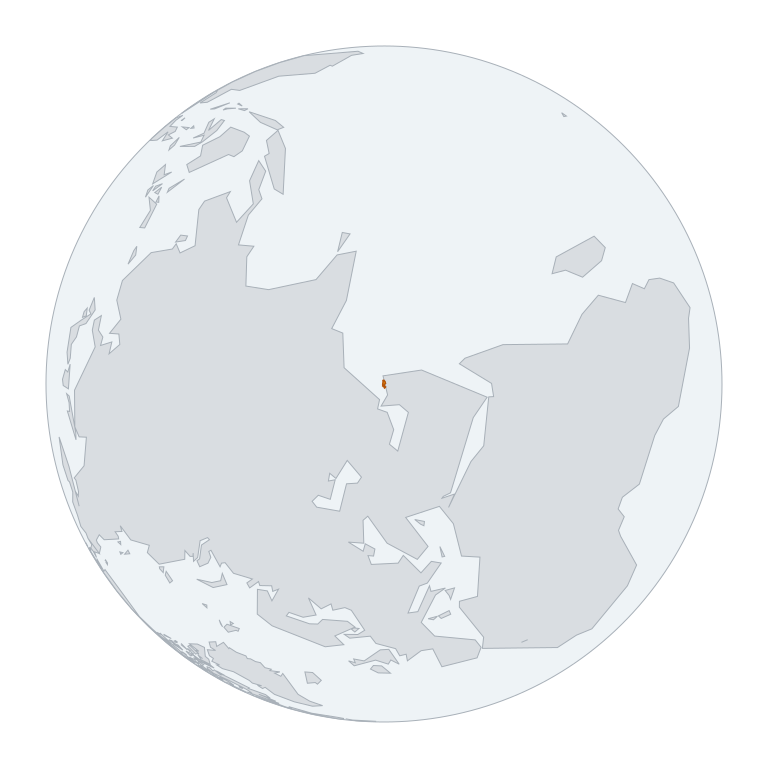 Muscat on an orthographic globe, rotated 221°
{"feature_id": "OMN-2426", "entity_name": "Muscat", "entity_type": "Province", "adm_level": 1, "iso_a3": "OMN", "parent_name": "Oman", "parent_adm1": "", "projection": "orthographic", "projection_center": [58.687, 23.254], "detail": "fine", "context": "on_globe", "style": "filled", "palette": "amber", "viewbox_px": 768, "rotation_deg": 221, "n_neighbors": 0, "source": "natural_earth", "source_scale": "10m", "svg_char_len": 10743}
<svg xmlns="http://www.w3.org/2000/svg" viewBox="0 0 768 768"><g transform="rotate(221 384 384)"><circle cx="384" cy="384" r="338" fill="#eef3f6" stroke="#a8b0b8"/><path d="M496.1,65.2L499.6,66.5L494.8,65.1L478.9,60.0L475.5,59.2L484.6,62.3L485.5,63.5L472.6,59.0L472.8,60.9L446.4,55.0L415.9,48.0L397.4,47.1L356.0,47.3L356.0,47.5L340.3,49.1L334.5,50.3L328.5,51.0L329.0,51.6L335.7,50.9L338.1,51.1L335.3,52.1L327.1,52.7L327.3,52.3L323.5,53.0L320.6,53.1L320.4,53.6L310.8,54.9L316.0,55.3L304.8,57.7L299.6,58.2L305.9,56.0L307.6,54.8L331.0,50.3L354.8,47.3L378.7,46.1L402.6,46.6L426.4,48.7L450.0,52.6L473.3,58.1L496.1,65.2ZM265.7,67.5L266.2,67.3L276.5,63.9L268.8,67.0L255.6,72.3L246.6,75.7L240.6,78.5L244.2,78.0L222.6,88.1L200.0,102.2L195.1,105.1L194.5,104.3L199.2,101.1L220.5,88.3L242.7,77.0L265.7,67.5ZM501.1,67.1L504.1,68.2L505.0,68.6L501.1,67.1ZM280.1,62.6L278.3,63.2L277.3,63.5L280.1,62.6ZM286.2,60.7L286.3,60.5L289.3,59.7L289.1,59.8L286.2,60.7ZM498.5,67.0L499.1,67.9L495.7,66.0L498.5,67.0ZM285.5,61.2L294.4,58.2L299.6,56.8L303.5,56.3L285.5,61.2ZM497.6,67.9L499.2,71.0L506.1,73.3L487.6,69.3L492.4,67.4L487.2,64.5L493.5,66.9L497.6,67.9ZM339.0,50.3L331.8,51.1L340.4,49.7L339.0,50.3ZM343.9,49.5L366.8,46.7L376.0,46.7L366.4,47.3L380.4,47.3L373.7,48.5L364.4,48.8L359.8,48.4L360.8,49.4L343.9,49.5ZM477.2,67.1L475.2,67.5L474.2,66.2L477.2,67.1ZM339.7,51.1L343.6,50.3L351.8,50.1L345.7,51.8L345.0,51.3L339.7,51.1ZM387.4,47.0L392.5,47.6L388.4,48.6L389.8,49.1L374.3,48.6L387.4,47.0ZM341.7,51.8L342.3,52.8L335.9,53.9L336.6,52.0L341.7,51.8ZM356.5,49.5L360.1,49.6L356.1,50.0L356.5,49.5ZM313.4,59.5L317.7,57.9L322.4,57.5L313.4,59.5ZM343.0,53.2L345.2,52.8L347.6,52.6L346.7,53.6L343.0,53.2ZM372.5,49.6L369.7,50.2L378.6,49.8L375.9,51.1L366.0,50.8L369.1,51.5L368.3,51.9L361.2,51.2L372.5,49.6ZM352.8,54.3L339.3,55.2L330.2,58.0L325.8,58.2L341.3,53.8L352.8,54.3ZM358.3,52.5L353.9,53.6L350.7,53.0L351.7,51.9L358.3,52.5ZM377.6,52.3L384.3,50.4L386.2,50.6L377.6,52.3ZM350.8,55.2L354.0,55.0L350.5,55.4L350.8,55.2ZM370.0,53.1L372.1,52.3L374.3,52.5L370.0,53.1ZM358.9,55.6L354.5,55.7L355.1,54.8L358.9,55.6ZM364.5,54.5L366.9,55.1L357.9,54.4L365.1,54.1L364.5,54.5ZM371.7,53.5L373.6,53.4L370.5,53.8L371.7,53.5ZM359.2,59.4L347.7,58.8L349.0,56.6L360.0,57.4L359.2,59.4ZM67.9,391.4L66.5,335.6L74.0,320.7L80.2,298.9L136.3,249.0L142.7,258.3L180.7,265.0L184.5,269.5L174.1,285.0L198.0,316.3L212.6,305.0L240.0,324.1L261.9,328.0L280.1,297.5L244.2,290.3L243.8,273.5L277.2,265.9L309.5,273.6L310.4,267.4L294.8,250.6L307.2,241.3L290.0,244.1L293.3,251.1L282.6,253.5L279.0,247.3L283.5,244.0L275.2,239.5L255.8,258.1L257.0,267.3L232.2,265.7L231.9,281.2L223.4,286.4L220.7,262.2L224.8,254.6L215.6,226.9L209.1,234.4L217.3,261.6L212.5,258.3L203.8,270.3L206.7,258.6L199.5,228.5L180.4,227.0L147.3,250.7L138.0,249.0L134.1,238.4L154.8,208.6L173.4,216.1L181.0,207.1L184.7,190.4L190.0,194.6L193.8,189.2L201.6,191.9L219.9,182.9L228.9,184.7L243.1,169.7L249.7,169.0L239.4,177.8L237.0,185.5L260.2,191.8L266.8,189.6L274.2,179.7L279.7,183.3L283.9,173.1L300.7,173.0L283.7,165.1L292.0,154.9L305.9,149.3L305.6,144.9L282.8,154.2L276.5,159.4L275.9,166.0L255.9,180.9L246.4,181.5L255.8,161.6L243.3,160.9L256.0,147.1L309.8,128.1L328.7,127.2L344.8,146.0L336.3,151.3L326.3,146.8L329.0,160.0L331.9,154.5L336.4,158.0L345.5,150.4L349.1,152.6L351.6,142.0L357.0,143.9L355.4,150.5L373.4,142.4L386.7,144.9L389.1,142.2L387.8,138.5L405.5,145.0L406.4,142.7L401.0,139.6L399.3,133.3L403.2,125.2L409.2,127.9L408.5,131.1L416.1,142.7L413.6,152.0L416.4,152.3L420.0,145.1L410.8,130.8L411.4,125.2L417.1,131.2L415.1,128.6L417.3,126.7L425.0,127.7L419.4,121.0L435.5,100.5L452.0,101.5L455.3,108.3L472.8,100.2L490.1,104.0L485.0,100.8L490.0,96.1L484.7,94.7L482.6,93.0L493.0,82.9L500.0,83.4L498.7,77.5L496.1,76.1L490.8,75.2L487.6,69.3L506.1,73.3L511.1,76.0L519.3,77.6L529.4,84.0L541.6,90.8L548.0,98.3L557.1,103.8L559.2,103.9L573.2,112.3L594.5,130.9L567.7,115.1L533.9,91.8L546.9,100.7L541.1,98.8L544.0,102.4L553.4,109.3L556.2,109.9L556.7,125.5L573.7,148.6L579.4,144.1L589.3,148.9L613.5,176.3L626.3,222.5L639.5,233.3L644.5,242.2L642.2,250.2L634.9,237.3L627.0,235.0L623.2,227.1L617.0,237.2L611.3,226.4L609.3,240.5L616.9,247.8L624.4,242.2L625.1,260.3L640.7,272.0L649.3,290.5L645.9,330.4L632.3,347.0L632.8,353.5L623.9,349.1L617.3,364.4L638.2,394.2L639.4,404.3L626.2,428.4L625.0,421.2L601.4,409.3L600.8,434.2L618.8,449.2L625.1,470.4L612.9,467.0L606.0,448.5L597.6,443.7L597.2,422.5L585.1,393.5L572.6,402.6L571.0,390.0L552.5,367.3L533.0,379.5L503.8,418.2L504.1,450.6L492.1,466.0L467.2,422.4L459.8,391.5L448.5,395.4L424.8,370.1L377.1,369.3L372.5,361.0L363.0,364.7L346.7,355.9L340.4,342.1L329.6,342.4L347.0,378.6L358.8,378.5L371.7,365.4L374.1,378.1L390.1,389.5L364.8,419.2L297.5,441.7L294.6,417.2L262.4,345.5L265.5,338.2L265.5,337.4L265.3,335.8L258.6,347.2L254.3,333.2L267.5,382.5L268.2,402.8L296.5,443.0L293.0,446.4L303.2,455.0L340.4,448.7L339.8,456.6L320.0,491.8L271.7,534.7L280.3,566.5L280.5,591.6L255.2,603.9L262.4,622.8L250.0,626.7L252.5,636.6L245.4,644.8L231.7,650.3L203.1,642.4L197.3,633.4L177.0,611.6L147.1,560.2L150.1,540.9L145.9,522.8L125.6,476.0L129.8,454.9L125.3,443.3L115.6,441.4L111.0,427.4L105.5,424.3L74.6,413.1L67.9,391.4ZM110.8,279.2L107.8,285.3L110.8,279.2ZM339.9,298.9L361.6,302.2L358.3,281.2L366.4,281.0L362.3,274.3L358.0,279.7L348.9,261.7L360.6,256.9L361.3,248.3L354.0,246.9L334.0,258.9L346.8,284.1L339.0,291.8L339.9,298.9ZM177.2,117.6L168.6,124.3L174.8,119.2L173.2,120.1L184.2,111.5L193.2,106.2L187.2,109.8L177.2,117.6ZM207.2,160.0L207.3,164.6L200.8,169.7L189.4,170.0L198.8,162.2L207.2,160.0ZM209.2,170.1L221.6,151.8L229.1,151.8L222.8,154.8L226.5,156.6L217.3,162.0L212.4,180.9L206.3,186.9L188.7,182.5L197.8,180.2L197.0,175.4L209.2,170.1ZM240.0,113.6L245.5,107.9L254.8,114.8L248.6,119.4L236.9,119.2L237.3,113.8L240.0,113.6ZM290.6,61.8L292.1,60.9L294.4,60.4L295.0,60.9L290.6,61.8ZM315.0,58.8L286.4,66.2L286.7,65.2L269.6,71.9L263.7,72.2L274.9,67.7L257.6,73.6L265.4,69.7L253.5,74.2L279.2,64.1L285.5,61.5L280.7,64.0L286.0,63.6L290.2,62.7L306.8,58.5L322.9,53.8L330.7,53.5L332.0,54.5L329.3,55.6L325.0,55.3L324.5,56.9L316.3,57.4L315.0,58.8ZM341.9,79.1L338.1,76.2L335.7,83.7L327.5,82.5L327.7,83.5L319.4,84.7L309.8,88.2L307.0,87.1L304.4,89.0L298.9,90.2L294.5,92.6L287.8,91.8L281.9,94.8L282.1,92.8L273.7,98.4L276.9,94.0L270.1,95.7L270.5,99.1L245.2,93.4L232.0,95.9L219.3,101.0L226.6,93.9L243.2,85.3L263.1,77.9L274.7,77.1L275.9,74.5L281.8,73.6L278.4,76.0L287.2,71.9L291.2,71.9L308.9,68.1L319.2,63.2L325.9,62.2L323.8,64.1L332.0,61.8L332.7,65.0L337.5,64.4L343.0,67.6L336.3,72.4L342.2,71.5L346.7,74.5L341.9,79.1ZM360.4,60.3L354.2,65.3L346.7,67.4L340.2,61.2L335.7,61.3L331.3,58.4L342.3,55.6L342.6,56.6L345.4,57.0L340.8,57.7L346.6,57.4L347.1,59.0L351.7,59.4L348.4,60.8L360.4,60.3ZM192.4,265.1L196.0,267.1L202.4,268.3L197.0,276.4L192.4,265.1ZM187.0,244.6L190.8,244.7L186.2,255.7L182.6,254.0L187.0,244.6ZM196.7,235.8L191.3,243.8L192.0,238.5L196.7,235.8ZM243.3,177.7L247.7,177.6L246.7,180.1L242.5,183.1L243.3,177.7ZM332.8,104.5L331.9,101.7L334.1,101.0L338.7,94.5L345.2,95.4L344.9,99.7L332.8,104.5ZM271.9,301.9L263.3,306.8L260.9,303.2L264.4,302.2L271.9,301.9ZM226.7,291.6L235.2,298.0L225.1,293.7L226.7,291.6ZM340.6,104.4L341.8,101.5L344.3,103.8L340.6,104.4ZM350.1,95.8L353.7,97.9L346.5,94.8L350.1,95.8ZM423.7,703.8L427.9,705.3L422.1,705.9L423.7,703.8ZM337.4,592.9L322.4,633.4L306.5,632.1L300.7,619.8L304.2,594.9L321.7,589.0L329.5,577.5L337.4,592.9ZM673.4,500.8L678.1,499.3L677.7,500.8L673.4,500.8ZM668.7,498.8L674.5,496.1L667.2,502.5L668.7,498.8ZM676.7,495.0L682.7,488.9L685.2,485.2L684.4,488.4L676.7,495.0ZM664.4,501.0L638.9,511.6L628.1,511.9L631.3,505.8L648.9,500.4L664.4,501.0ZM630.4,505.9L612.9,497.1L584.6,461.0L594.8,459.2L623.6,477.5L621.9,482.6L632.5,490.7L630.4,505.9ZM670.1,463.0L668.2,477.3L654.7,482.3L648.2,482.8L643.9,467.0L646.4,457.1L651.9,455.2L669.8,415.9L676.8,420.2L672.1,435.8L677.5,445.2L670.1,463.0ZM505.8,453.4L514.9,471.0L508.1,475.0L505.8,453.4ZM674.6,390.7L669.0,407.8L673.3,386.6L674.6,390.7ZM675.5,371.8L677.2,378.4L673.2,373.3L675.5,371.8ZM635.1,363.0L629.4,366.8L628.0,362.0L634.4,354.4L635.1,363.0ZM655.8,306.5L660.3,320.5L660.9,325.8L656.0,318.4L655.8,306.5ZM397.3,113.8L383.7,121.2L378.2,128.4L381.8,135.0L370.9,129.6L379.4,118.3L397.3,113.8ZM430.2,101.6L426.9,96.8L432.1,97.4L433.6,98.6L430.2,101.6ZM425.5,99.7L414.5,96.8L415.1,93.3L423.7,96.2L425.5,99.7ZM377.2,99.0L372.7,100.9L370.8,98.9L377.2,99.0ZM659.5,579.7L659.0,580.1L621.9,618.1L616.6,619.7L624.1,610.8L631.5,590.0L633.8,589.2L639.9,573.3L665.4,547.2L685.5,510.9L692.5,506.3L702.2,480.7L707.2,475.4L701.8,493.7L702.4,497.2L714.2,455.6L712.6,462.8L705.6,487.6L696.8,511.9L686.1,535.5L673.6,558.1L659.5,579.7ZM684.8,495.1L692.3,480.5L695.4,477.4L684.8,495.1ZM718.0,435.3L718.1,434.3L715.6,448.2L712.1,454.8L714.1,446.6L714.5,438.0L708.5,442.3L707.3,437.6L710.2,430.5L705.0,430.7L710.8,422.1L712.4,432.7L715.3,419.2L718.5,415.9L720.3,414.4L720.3,417.4L718.0,435.3ZM709.2,450.6L710.0,449.6L708.8,454.4L709.2,450.6ZM697.5,450.2L697.0,454.0L695.3,452.6L697.5,450.2ZM700.0,446.2L704.9,445.7L699.4,449.6L700.0,446.2ZM681.0,446.4L683.0,453.7L689.4,444.4L684.4,455.2L687.9,466.6L686.1,472.8L682.8,460.2L680.3,476.8L677.3,478.2L676.5,465.6L679.9,447.6L682.8,439.1L693.9,429.4L681.0,446.4ZM700.3,435.8L698.8,426.9L699.8,419.5L701.5,423.5L700.3,435.8ZM692.9,406.3L687.2,397.7L683.3,404.7L689.9,383.3L694.5,395.0L692.9,406.3ZM686.1,383.5L682.6,389.9L685.3,378.0L686.1,383.5ZM680.9,386.7L679.1,378.9L682.6,378.1L680.9,386.7ZM688.2,382.5L686.6,368.5L689.5,375.5L688.2,382.5ZM674.2,361.8L683.9,370.8L673.5,370.6L667.0,344.8L671.0,341.9L674.2,361.8ZM657.8,246.6L653.4,240.1L655.3,236.5L657.8,241.9L657.8,246.6ZM657.4,221.3L654.4,233.6L651.2,244.6L655.0,246.3L659.4,259.3L650.6,250.4L648.6,234.1L652.0,228.0L647.0,217.8L646.0,208.8L637.7,197.6L635.5,191.5L644.1,200.1L657.4,221.3ZM633.9,193.1L619.0,173.3L625.1,172.4L629.7,176.6L634.0,185.8L630.5,185.6L633.9,193.1ZM617.2,168.5L613.7,168.4L584.4,144.8L579.8,139.8L605.3,155.9L603.3,157.0L609.4,163.3L617.2,168.5ZM478.8,68.6L475.5,67.6L478.8,68.0L478.8,68.6ZM479.6,92.4L477.3,90.1L481.2,90.2L479.6,92.4ZM473.2,84.0L470.4,85.4L470.9,82.8L473.2,84.0ZM464.5,89.1L468.1,85.4L468.2,90.6L464.5,89.1Z" fill="#d9dde1" stroke="#a8b0b8" stroke-width="1"/><path d="M381.0,381.3L381.3,381.4L381.5,381.5L381.8,381.8L382.0,381.8L382.3,381.9L382.5,381.9L382.9,381.8L382.9,381.7L383.0,381.6L383.3,381.7L383.6,381.7L383.6,381.8L383.7,382.0L383.8,382.1L384.0,382.2L384.1,382.3L384.3,382.4L384.5,382.5L384.7,383.0L385.0,383.4L385.2,383.5L385.3,383.6L385.4,383.9L385.5,384.0L385.8,384.6L386.1,384.9L386.1,385.0L386.4,385.4L386.6,385.5L386.8,385.7L387.0,385.8L387.1,386.0L387.0,386.3L386.6,386.7L384.8,386.5L383.2,385.4L383.5,384.0L382.1,382.6L380.9,382.8L380.8,382.2L381.0,381.3L381.0,381.3Z" fill="#f59e0b" stroke="#b45309" stroke-width="1.5"/></g></svg>